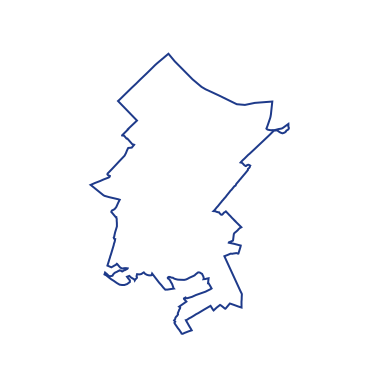 Osica De Sus, Olt, Romania (orthographic projection), rotated 318°
{"feature_id": "2599482B88469159964237", "entity_name": "Osica De Sus", "entity_type": "district", "adm_level": 2, "iso_a3": "ROU", "parent_name": "Romania", "parent_adm1": "Olt", "projection": "orthographic", "projection_center": [24.323, 44.259], "detail": "fine", "context": "isolated", "style": "outline", "palette": "blue", "viewbox_px": 384, "rotation_deg": 318, "n_neighbors": 0, "source": "geoboundaries", "source_scale": "gbopen_adm2", "svg_char_len": 5998}
<svg xmlns="http://www.w3.org/2000/svg" viewBox="0 0 384 384"><g transform="rotate(318 192 192)"><path d="M151.5,311.0L155.4,306.6L157.1,305.0L158.4,303.6L160.5,301.5L160.9,300.9L161.7,298.0L173.1,261.4L176.3,262.6L179.3,263.6L179.8,264.0L180.5,264.8L181.7,265.5L184.1,267.1L184.4,267.5L185.0,268.7L185.3,268.8L188.0,267.2L191.5,265.1L192.4,264.4L191.1,262.5L188.7,258.8L185.4,254.3L185.7,254.1L189.5,255.4L189.9,255.5L190.4,255.2L194.3,251.8L194.9,251.3L195.6,251.0L196.1,250.9L196.7,250.9L198.4,251.0L200.5,251.0L201.6,250.8L202.3,250.8L203.4,250.8L204.5,251.1L205.1,251.2L204.5,241.7L204.5,240.9L204.6,241.0L204.4,238.0L204.4,234.9L204.3,234.5L204.3,233.3L204.2,229.1L203.6,229.1L202.6,228.9L201.8,228.7L201.3,228.8L200.4,229.0L199.5,229.0L199.2,229.0L198.8,228.7L198.5,228.4L198.4,228.0L198.4,227.2L198.3,226.6L198.4,225.5L198.4,225.4L198.5,225.3L198.5,225.1L198.0,224.7L197.6,224.2L197.5,223.9L197.2,223.6L197.1,223.3L196.8,222.8L196.7,222.4L196.2,221.6L196.1,221.4L195.5,221.0L195.2,220.6L195.6,220.6L196.1,220.6L197.7,220.4L200.1,220.0L201.6,219.9L204.0,219.5L206.6,219.1L207.4,219.0L208.2,218.8L209.6,218.7L211.6,218.4L213.7,218.2L215.6,217.8L216.9,217.6L220.0,217.1L221.5,216.8L222.8,216.8L227.1,216.1L227.7,216.1L228.4,216.4L228.6,216.4L229.1,216.2L230.1,215.7L231.2,215.5L232.2,215.4L232.8,215.3L233.5,215.2L234.5,215.1L235.8,214.8L236.6,214.8L238.4,214.5L240.0,214.3L241.3,214.1L243.7,213.8L248.2,213.1L248.7,212.5L249.1,212.3L250.1,212.4L250.5,212.4L251.9,212.0L252.4,211.4L252.9,211.3L252.7,210.6L252.3,209.7L251.7,209.2L250.5,208.8L250.1,208.9L249.7,208.9L249.2,208.6L248.8,206.9L248.8,204.9L248.6,203.6L248.3,203.2L247.9,202.6L248.5,202.5L251.1,202.3L253.4,202.3L259.1,202.0L259.8,202.1L266.8,202.0L287.3,201.5L293.8,201.2L294.6,201.7L295.9,202.7L296.3,202.9L296.6,203.5L297.2,206.2L297.8,207.7L298.5,208.9L299.7,209.5L301.2,209.9L302.4,209.9L303.1,209.5L305.0,209.9L306.3,209.7L306.9,209.1L307.2,208.5L307.2,208.2L307.3,207.9L308.0,207.2L308.9,206.3L309.2,205.9L303.4,205.3L302.5,205.2L301.3,204.9L300.7,204.6L298.5,203.2L295.0,201.4L293.2,199.9L291.7,198.6L290.9,197.6L290.1,196.5L289.8,195.8L289.7,195.1L289.7,194.7L292.1,193.5L299.5,189.4L300.7,188.6L302.5,187.2L312.2,178.5L298.3,167.8L289.6,162.7L284.0,156.7L276.7,138.5L270.8,124.7L269.4,120.2L267.8,108.7L266.6,83.3L267.0,73.5L252.0,73.0L249.4,73.0L238.8,73.5L228.5,73.8L222.4,74.1L216.7,74.2L200.1,74.9L197.9,74.9L198.9,102.1L186.4,102.4L186.4,102.7L178.0,103.1L177.9,103.2L179.2,104.8L179.1,108.6L179.7,109.0L179.6,116.6L180.5,117.9L180.6,118.2L176.9,118.7L174.1,116.6L173.9,116.6L171.1,117.8L168.9,118.9L167.0,119.6L166.2,119.9L158.3,120.5L153.9,120.9L147.8,121.4L141.7,121.8L141.0,122.2L140.9,122.5L140.9,123.4L141.7,125.1L141.2,125.5L140.5,125.6L139.8,125.5L134.9,123.6L130.9,122.3L126.0,120.4L121.4,118.9L121.6,120.0L122.7,126.9L123.0,128.8L123.8,133.8L124.0,135.0L124.4,136.3L125.8,138.5L127.0,140.4L132.3,148.0L133.1,149.4L130.2,150.5L125.9,152.4L125.2,152.6L123.1,152.9L121.9,152.7L121.1,152.5L120.7,152.3L120.3,152.2L119.7,152.3L118.7,152.8L118.7,153.8L118.5,159.9L118.9,160.1L118.2,161.2L118.1,161.6L117.9,161.8L116.8,163.0L115.5,164.7L113.2,167.3L111.1,168.6L107.9,170.5L105.5,172.2L104.2,173.2L103.3,173.5L103.2,173.9L102.9,174.5L103.1,175.1L103.4,175.6L102.6,176.1L102.4,176.4L101.7,176.9L100.8,177.5L99.6,178.1L98.1,179.2L89.7,184.3L88.2,185.1L87.2,185.8L84.9,187.1L84.3,187.5L79.9,190.1L81.7,194.0L84.2,194.6L85.0,194.7L86.0,195.0L87.3,195.3L87.8,195.0L88.1,195.0L88.2,195.4L88.1,198.4L88.1,200.0L88.7,201.8L89.1,202.3L90.7,203.3L91.9,204.3L92.7,205.2L93.1,205.7L92.9,205.8L92.5,205.8L89.9,205.2L89.2,204.8L88.4,204.6L87.2,204.5L86.9,204.3L86.8,204.0L86.6,203.4L86.3,202.5L86.0,201.9L85.7,201.7L85.4,201.6L84.9,201.7L84.4,201.5L83.8,201.2L83.3,201.2L80.7,200.4L79.2,200.4L77.8,200.6L77.4,200.9L77.2,201.0L76.8,201.0L75.4,200.2L74.5,199.6L74.0,198.5L73.8,195.5L73.6,194.6L73.5,193.7L71.8,194.7L72.5,196.5L73.1,200.3L73.6,202.9L74.4,205.6L75.2,209.2L76.2,212.4L77.6,214.1L79.6,215.9L82.2,217.0L85.6,217.3L86.7,216.1L86.8,213.2L87.0,211.5L89.3,212.4L89.4,214.2L89.6,215.1L90.3,217.3L90.6,218.2L90.5,218.9L90.3,219.4L91.2,219.1L92.3,219.0L93.4,219.0L94.1,218.5L94.4,217.5L95.3,216.9L96.2,216.3L97.4,217.7L98.3,218.4L99.6,219.1L101.0,219.2L102.4,219.5L102.4,221.4L103.0,223.2L103.9,224.7L104.8,225.7L105.8,226.5L106.4,226.8L107.1,226.3L107.8,225.9L106.9,237.5L106.9,240.9L106.7,243.8L106.8,246.7L108.6,248.2L112.2,250.5L113.9,251.6L113.9,251.2L114.0,250.8L114.5,249.9L114.7,249.3L115.0,248.6L115.2,248.2L115.7,246.8L115.9,245.8L116.0,244.9L116.2,244.4L116.4,243.7L116.6,242.4L116.6,241.4L116.6,240.9L116.3,240.3L116.3,240.0L116.6,239.5L116.9,239.4L117.8,239.5L118.7,240.3L119.4,241.8L120.4,242.9L120.6,243.8L121.0,244.8L121.5,245.7L122.8,247.6L124.8,249.6L127.4,252.1L129.0,253.0L130.5,253.5L132.7,254.0L137.0,255.4L138.3,255.7L139.5,255.6L142.6,255.8L143.2,256.2L143.9,257.1L144.0,257.4L144.3,258.4L144.4,258.9L144.6,259.3L144.7,259.7L144.3,260.8L144.2,261.2L143.9,262.3L143.6,263.0L142.8,264.2L142.2,264.5L144.0,265.8L144.9,266.2L146.6,267.2L142.9,270.5L143.3,270.8L142.6,274.3L142.0,276.8L140.7,276.6L137.5,275.7L135.3,275.1L130.3,273.0L126.0,271.2L121.8,269.9L117.3,267.7L116.5,266.9L116.6,266.1L114.8,265.7L114.5,266.1L114.5,269.7L105.7,268.6L106.0,269.8L105.8,270.1L105.0,270.6L104.5,270.7L103.5,271.0L102.7,271.5L100.3,272.6L100.2,272.7L99.9,273.4L99.6,273.7L98.7,273.8L97.9,274.1L97.1,274.0L95.8,274.3L95.3,274.5L94.4,275.2L93.6,275.4L92.8,275.4L92.7,277.2L91.6,277.3L91.3,277.7L91.1,278.6L90.4,283.6L90.3,285.4L90.3,285.9L90.1,287.0L89.8,289.3L89.5,290.2L89.8,290.8L90.3,291.2L92.1,291.7L96.3,293.3L99.2,294.6L99.7,292.5L100.2,289.8L101.0,286.2L101.4,284.2L101.7,283.2L102.0,283.4L103.3,283.7L105.5,284.0L107.2,284.5L110.3,285.1L113.4,285.6L115.6,286.2L121.9,287.4L129.6,289.0L128.8,293.7L128.8,294.5L132.9,294.4L137.3,294.7L137.7,296.0L138.1,298.4L138.4,300.5L138.6,301.0L139.0,301.1L145.5,300.2L146.1,301.2L147.8,304.3L149.8,308.1L151.5,311.0Z" fill="none" stroke="#1e3a8a" stroke-width="2"/></g></svg>